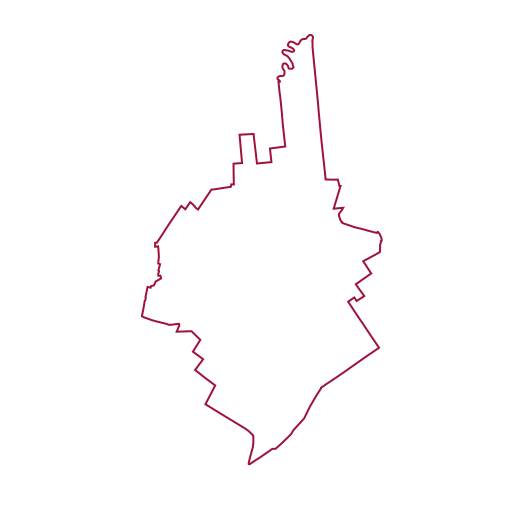 Agris, Satu Mare, Romania, rotated 345°
{"feature_id": "2599482B4791567573322", "entity_name": "Agris", "entity_type": "district", "adm_level": 2, "iso_a3": "ROU", "parent_name": "Romania", "parent_adm1": "Satu Mare", "projection": "mercator", "projection_center": [23.018, 47.884], "detail": "fine", "context": "isolated", "style": "outline", "palette": "rose", "viewbox_px": 512, "rotation_deg": 345, "n_neighbors": 0, "source": "geoboundaries", "source_scale": "gbopen_adm2", "svg_char_len": 5269}
<svg xmlns="http://www.w3.org/2000/svg" viewBox="0 0 512 512"><g transform="rotate(345 256 256)"><path d="M381.1,274.0L380.7,273.7L381.0,273.4L381.7,272.4L381.8,271.6L381.8,270.7L381.6,269.6L381.1,266.9L380.5,265.3L380.3,264.8L380.1,264.4L379.8,264.2L379.3,264.4L378.7,265.0L376.3,263.7L373.9,262.3L370.0,260.1L364.3,256.7L362.3,255.7L358.7,253.7L356.4,252.2L348.0,246.5L348.0,246.2L348.1,245.8L347.9,245.5L347.5,245.4L347.3,244.8L347.1,243.8L346.8,242.7L346.7,241.2L346.7,240.6L346.5,240.1L346.6,239.4L346.7,238.8L346.7,238.1L346.8,237.3L347.2,236.7L348.2,235.9L349.2,235.1L350.0,234.5L351.0,233.8L351.4,233.4L351.8,232.7L352.6,232.0L343.3,230.4L355.8,210.2L354.7,209.9L354.8,206.3L354.8,203.8L354.8,203.4L354.5,203.4L353.4,203.1L351.1,202.4L349.7,202.1L347.4,201.4L343.1,200.1L346.0,181.4L348.9,162.7L351.0,150.0L353.8,133.4L354.8,128.1L357.5,112.1L360.7,92.7L364.6,69.2L365.8,64.6L366.1,62.6L366.5,62.2L366.7,61.6L366.8,61.1L367.0,60.8L367.2,60.6L367.3,60.2L367.7,59.6L367.6,58.4L367.3,57.7L366.4,56.8L365.3,56.5L364.2,56.6L362.8,57.4L362.1,57.9L361.4,58.5L360.4,59.0L359.3,59.0L358.5,58.8L357.7,58.6L356.8,58.7L356.2,58.9L355.6,59.0L354.4,59.8L353.9,60.5L352.6,61.8L351.5,62.4L350.7,62.4L349.9,61.8L348.5,60.2L347.8,59.6L347.2,59.0L346.3,58.5L344.9,57.8L343.9,58.0L343.4,58.2L342.9,58.5L342.6,58.8L342.2,59.2L341.9,59.7L341.5,60.2L341.5,60.7L341.4,61.1L341.5,61.4L341.5,61.6L341.9,62.1L342.3,62.5L342.9,62.9L343.4,63.3L344.1,64.0L344.9,64.7L345.3,65.3L345.7,65.9L345.9,66.4L346.1,66.9L346.0,67.7L345.8,67.8L345.0,68.2L343.7,68.2L342.6,67.6L341.0,66.4L340.3,65.9L339.5,65.6L338.7,65.4L337.7,64.8L336.6,64.3L335.8,64.3L335.1,64.6L334.8,65.0L334.4,65.4L334.3,65.9L334.2,66.4L334.4,67.0L334.7,67.6L335.2,68.5L335.9,69.1L336.7,69.7L337.1,70.1L337.5,70.5L337.9,71.0L338.4,71.6L338.7,72.4L339.1,73.2L339.5,74.1L339.8,75.1L340.0,75.9L340.3,76.7L340.6,77.6L340.7,78.3L340.9,79.0L341.1,80.0L341.0,80.5L340.9,81.0L340.9,81.5L341.0,81.9L341.0,82.2L341.1,82.6L341.1,83.4L340.5,83.9L339.6,84.4L338.3,84.2L337.6,83.9L336.6,83.7L336.2,83.1L336.0,82.5L336.1,81.4L336.1,81.1L336.0,80.4L335.5,79.3L335.3,79.0L335.0,78.6L335.0,78.3L334.7,78.0L334.4,77.7L334.0,77.5L333.6,77.4L332.9,77.4L332.2,77.3L331.6,77.7L331.2,78.4L330.7,79.1L330.6,79.8L330.4,80.5L330.4,81.4L330.7,82.5L330.9,83.4L331.3,84.2L331.3,85.2L330.9,86.6L330.2,88.2L329.3,88.8L328.2,89.0L326.9,88.8L326.1,88.4L324.9,88.4L324.4,88.5L323.8,88.7L323.4,89.0L322.9,89.3L322.8,89.7L322.7,90.1L322.7,90.6L322.8,90.9L323.2,91.9L323.4,91.9L324.0,92.4L324.3,93.1L324.3,93.6L324.1,93.9L322.8,93.6L321.2,103.4L320.6,108.5L318.2,123.4L315.8,136.7L312.6,157.8L297.3,155.8L295.2,169.3L280.9,166.9L285.2,137.5L271.5,134.6L266.6,162.6L258.2,161.0L255.6,171.1L253.1,181.2L250.7,180.4L249.7,182.6L249.4,182.6L244.7,182.1L233.9,180.9L233.5,180.9L230.7,180.5L230.4,180.3L229.3,181.0L228.9,181.3L228.3,182.0L227.4,182.7L222.2,187.2L220.1,189.0L212.0,196.1L211.2,195.0L210.3,193.8L209.6,192.5L209.0,190.8L208.4,189.9L207.7,188.8L206.4,187.0L199.8,192.6L196.8,188.3L187.1,196.7L182.9,200.4L181.0,202.0L177.4,205.2L171.7,210.4L166.1,215.4L164.5,216.7L164.0,217.4L161.9,217.2L161.0,221.0L163.9,221.3L163.8,222.2L163.7,223.1L163.5,224.0L163.1,226.2L162.5,229.1L161.9,231.9L161.3,233.4L160.7,235.0L159.6,237.9L161.2,239.1L161.1,239.3L158.7,243.4L158.0,244.7L158.4,245.1L158.4,245.6L157.8,246.7L157.1,247.7L156.8,248.4L156.6,249.0L156.5,249.3L156.5,249.6L156.6,249.8L158.6,250.3L158.5,253.0L158.4,253.1L155.4,253.9L152.4,254.7L149.9,257.9L146.7,258.0L146.0,259.3L143.3,257.8L140.9,262.5L138.6,267.1L138.8,267.3L138.8,267.7L137.6,270.1L137.0,270.4L136.2,272.1L133.7,277.6L131.7,281.6L130.2,284.7L132.3,286.5L138.8,291.0L141.8,292.8L144.8,294.5L148.3,296.4L151.8,298.3L154.1,300.0L154.3,300.0L155.3,300.2L156.0,300.4L157.1,300.6L158.8,300.8L159.7,300.9L161.0,301.1L162.2,301.3L162.4,301.3L163.6,301.5L164.1,301.7L164.2,302.0L164.1,302.4L164.0,302.9L163.9,303.3L162.4,305.2L160.6,307.6L160.2,308.1L159.8,308.6L174.0,311.9L174.6,312.5L180.5,322.6L170.3,332.1L178.2,342.0L167.6,350.4L171.3,355.1L172.4,356.7L174.7,359.8L178.8,365.0L181.2,368.1L182.4,369.6L183.1,370.5L168.8,386.1L178.0,395.9L185.2,403.5L201.4,420.4L203.6,423.2L206.6,428.3L206.8,428.5L206.7,429.6L206.4,430.8L205.0,436.1L204.6,436.9L203.6,439.6L200.0,445.8L198.2,448.8L196.7,451.6L196.0,452.9L195.3,454.3L195.1,455.0L195.7,455.5L197.4,455.0L204.1,452.7L207.5,451.7L212.0,450.1L216.5,448.5L219.8,447.3L220.2,447.1L221.7,446.6L222.3,446.6L224.9,447.3L227.7,445.9L229.6,445.0L231.2,444.1L234.5,442.4L240.2,439.2L243.7,437.2L247.1,433.9L260.5,425.3L267.2,417.6L269.4,415.1L272.3,412.3L276.6,408.0L277.7,406.9L283.3,401.8L285.2,400.1L285.1,399.9L285.6,399.7L287.0,399.3L288.4,398.8L291.1,397.8L293.9,396.9L297.0,395.8L303.0,393.8L309.8,391.4L313.7,390.0L318.7,388.1L339.5,380.5L340.8,380.1L351.1,376.5L346.1,362.1L341.1,347.3L339.5,342.9L338.4,339.6L333.2,324.0L340.2,321.5L341.6,325.5L350.2,322.7L346.9,314.1L345.1,309.1L346.1,308.7L347.9,308.1L349.6,307.5L351.9,306.6L353.3,306.1L356.2,305.1L359.0,304.1L360.8,303.4L362.8,302.7L361.6,299.2L360.5,295.7L359.6,293.0L358.7,290.4L358.2,288.8L360.1,288.3L363.2,287.6L366.2,286.9L368.6,286.3L370.9,285.8L373.8,285.0L376.7,284.3L377.8,280.7L378.9,277.0L379.9,275.6L380.2,275.2L381.1,274.0Z" fill="none" stroke="#9f1239" stroke-width="2"/></g></svg>